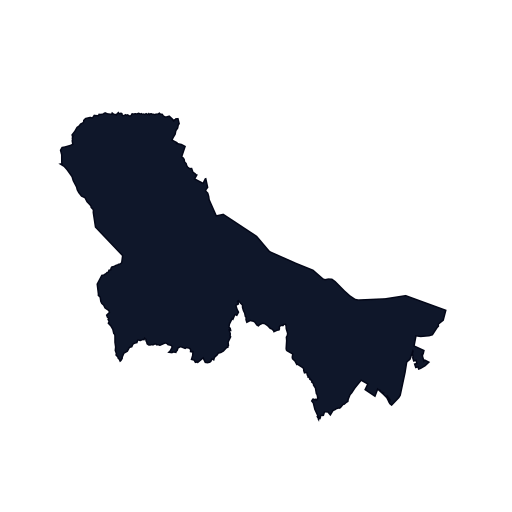 Ramnicu Valcea, Vâlcea, Romania, rotated 252°
{"feature_id": "2599482B78042684823285", "entity_name": "Ramnicu Valcea", "entity_type": "district", "adm_level": 2, "iso_a3": "ROU", "parent_name": "Romania", "parent_adm1": "Vâlcea", "projection": "equal_earth", "projection_center": [24.36, 45.075], "detail": "fine", "context": "isolated", "style": "filled", "palette": "ink", "viewbox_px": 512, "rotation_deg": 252, "n_neighbors": 0, "source": "geoboundaries", "source_scale": "gbopen_adm2", "svg_char_len": 6055}
<svg xmlns="http://www.w3.org/2000/svg" viewBox="0 0 512 512"><g transform="rotate(252 256 256)"><path d="M382.1,222.4L385.1,219.5L387.6,215.2L388.2,215.8L392.2,211.9L394.2,213.7L396.8,216.7L400.0,218.5L401.9,221.0L404.6,222.5L405.6,223.8L410.7,224.2L411.2,222.1L410.6,221.3L410.7,220.0L409.9,219.7L409.9,219.3L412.0,218.8L415.8,216.7L415.9,213.5L416.4,212.4L417.8,211.1L419.7,210.6L420.4,208.9L421.7,208.2L421.2,206.8L421.8,204.5L421.6,203.6L422.6,202.0L422.7,201.4L423.7,200.2L423.8,198.9L423.4,198.3L424.5,198.0L423.9,196.8L425.3,195.5L424.9,194.0L425.7,193.0L426.0,191.4L426.8,190.9L426.6,190.0L428.0,188.5L427.9,186.3L428.6,185.2L428.8,183.4L429.5,182.1L428.1,180.5L428.0,179.1L429.9,177.5L429.7,176.3L430.6,175.8L430.4,173.6L430.7,172.6L431.2,172.2L432.5,172.5L433.1,172.2L433.5,171.6L433.5,169.8L434.9,169.4L433.9,167.4L433.2,166.7L434.2,165.7L434.5,164.6L436.4,163.4L435.3,162.5L437.1,158.6L438.7,156.8L438.6,155.6L438.1,154.7L438.6,152.0L439.2,150.5L438.3,149.8L438.1,149.2L438.7,148.1L438.9,146.9L439.5,146.3L439.7,145.6L438.2,143.7L437.9,142.8L439.0,141.2L439.4,136.4L438.2,134.1L437.0,133.7L436.1,132.6L435.7,130.0L434.2,127.8L433.6,125.6L430.5,122.2L428.0,118.5L425.9,118.4L426.0,118.7L424.9,117.7L423.9,117.7L422.3,116.8L418.8,116.3L418.5,113.7L418.7,107.9L419.1,105.1L417.0,102.8L412.3,102.5L405.1,100.2L403.7,100.2L403.9,98.4L400.5,101.3L396.6,103.0L388.3,105.6L384.1,105.5L377.1,106.7L374.2,106.5L371.0,107.1L366.9,108.6L364.3,111.4L359.9,112.1L354.8,114.5L353.1,114.3L350.9,115.4L349.7,115.5L347.7,114.7L333.1,112.3L297.6,129.3L291.1,126.2L290.3,124.2L290.6,122.5L290.1,121.5L290.4,120.3L289.9,117.8L290.1,115.5L289.2,114.4L287.6,113.5L287.9,111.8L286.2,110.6L286.3,109.2L285.6,108.1L285.2,106.1L284.8,105.4L285.2,103.4L278.3,96.3L268.6,94.4L267.3,93.9L265.0,95.1L260.8,94.4L258.6,94.7L256.3,96.0L253.3,96.4L249.9,99.0L248.7,99.3L247.6,99.2L245.9,95.7L243.7,95.8L242.3,96.8L241.3,95.7L239.3,96.2L237.7,94.8L234.3,96.4L230.5,97.2L226.3,96.8L225.4,97.3L224.0,97.3L217.5,95.2L212.8,94.4L209.7,93.0L206.4,93.1L205.1,92.3L202.5,93.5L201.6,93.3L200.0,94.1L198.0,94.3L198.4,95.3L199.7,96.5L199.7,96.9L201.3,97.6L204.4,100.3L205.2,104.2L208.2,107.4L208.1,109.8L209.8,111.3L210.5,112.3L210.6,114.9L210.4,115.9L212.5,117.5L212.4,118.4L211.4,119.7L211.6,122.6L211.0,123.6L212.3,124.7L210.6,125.6L209.4,125.2L207.6,125.5L206.2,125.3L204.6,126.4L204.1,127.7L204.0,129.3L203.3,130.6L203.6,132.4L203.4,133.1L203.1,133.8L202.3,134.0L201.8,135.7L200.8,137.0L201.4,142.9L200.0,144.5L198.9,144.9L197.3,147.6L195.5,148.4L192.3,145.2L191.4,143.4L190.1,146.1L190.1,147.0L190.6,147.2L189.1,150.0L189.7,150.3L190.7,152.0L192.6,153.3L193.1,155.8L192.9,156.6L190.0,160.1L190.4,161.6L189.0,164.0L188.1,164.8L187.3,164.6L186.7,164.9L185.3,164.2L184.7,165.2L184.9,165.9L184.6,166.5L180.9,165.0L177.6,162.7L176.1,165.0L173.6,165.5L173.4,166.3L173.9,167.1L172.8,167.7L175.4,174.2L170.5,174.9L169.5,176.9L169.3,179.2L169.8,180.5L171.8,182.2L170.3,183.7L172.4,185.1L174.0,188.6L175.5,190.3L175.2,190.8L175.1,192.7L175.7,195.6L177.9,199.5L178.0,201.1L178.7,201.2L179.3,202.1L182.8,202.9L187.0,206.9L188.3,206.7L189.9,207.5L194.9,207.6L193.4,208.3L193.1,208.9L195.2,209.1L196.8,208.3L199.5,209.7L203.9,214.0L203.0,214.5L206.4,217.4L206.8,218.2L205.5,219.4L208.0,222.0L210.8,221.5L214.7,221.5L215.4,221.9L215.8,224.4L217.6,224.7L218.6,224.4L218.9,224.8L218.9,225.6L215.8,226.8L213.6,228.0L211.2,227.3L208.1,227.2L205.2,227.6L201.8,227.2L200.7,227.7L198.5,226.8L195.8,226.8L196.4,230.6L194.7,233.5L193.4,234.5L190.1,235.5L188.8,236.7L189.6,238.2L190.0,241.5L188.9,243.5L186.1,245.6L182.7,247.2L181.9,248.4L179.5,249.7L178.5,249.7L178.9,253.2L178.6,255.0L179.4,255.7L181.4,256.3L182.1,257.4L182.1,259.1L181.5,260.1L181.8,260.6L182.4,260.9L182.0,263.0L180.2,263.0L177.5,262.3L172.6,262.2L170.7,261.2L169.4,259.8L166.0,259.0L158.7,256.1L157.3,255.9L156.4,256.2L151.4,260.7L148.6,259.2L147.0,259.0L144.1,260.6L140.2,261.3L140.2,262.0L139.8,262.4L135.1,266.2L133.4,266.4L132.5,266.0L129.9,266.0L129.7,267.9L129.0,268.3L127.0,268.0L125.7,268.4L124.9,268.0L124.3,269.0L123.6,269.0L122.9,269.5L122.2,269.1L119.9,270.8L119.0,270.0L116.8,271.3L115.6,270.8L113.1,271.4L112.7,271.8L106.4,270.9L105.4,271.3L102.8,271.0L101.8,271.5L101.7,270.5L100.5,269.8L100.2,268.8L101.0,268.7L101.4,268.2L101.2,267.1L102.1,266.5L102.3,265.8L100.9,264.2L98.5,265.1L92.0,264.6L84.5,265.5L84.2,265.3L84.3,264.7L83.9,264.7L83.4,264.8L83.1,265.6L81.8,264.9L81.3,265.0L82.0,265.3L82.2,265.9L81.6,266.5L82.4,267.3L83.4,267.5L84.5,268.4L83.8,269.4L84.0,270.5L83.7,270.9L86.4,272.8L86.4,273.8L85.5,276.2L81.9,277.6L85.2,281.4L85.6,284.3L86.0,284.9L85.9,288.1L85.5,288.5L85.8,289.5L88.0,293.0L87.8,294.1L88.9,296.6L89.3,298.4L91.3,299.4L95.1,302.6L96.3,304.7L100.0,309.3L105.4,317.6L99.7,322.8L95.2,318.5L85.9,325.8L91.9,330.6L89.6,331.9L90.1,332.3L89.7,332.7L89.1,332.2L86.5,333.7L87.1,334.2L86.4,335.0L85.7,334.2L81.1,336.5L82.4,337.5L82.0,337.8L80.4,336.7L78.6,337.0L80.1,338.2L79.7,338.4L78.1,337.1L77.1,337.2L78.7,338.8L77.6,339.2L75.8,337.4L74.2,337.7L72.3,338.9L77.2,348.0L79.0,350.1L99.1,361.7L108.3,366.4L108.9,367.2L110.2,370.5L117.3,375.9L116.8,376.0L113.8,373.7L113.7,374.5L110.7,374.0L110.7,373.6L107.4,373.6L107.4,375.9L104.0,375.8L104.2,373.5L100.6,373.5L100.5,375.8L98.2,375.8L98.3,377.8L99.4,382.9L101.6,387.6L104.8,384.4L104.1,383.2L110.5,383.4L110.1,383.7L110.5,384.0L110.9,383.8L111.4,384.8L114.2,386.5L121.6,378.5L130.7,383.5L128.6,387.7L126.7,396.0L126.6,399.4L132.0,406.1L132.9,407.8L134.9,408.3L137.1,414.2L145.7,419.7L172.0,386.1L175.3,365.6L182.5,339.6L184.1,336.8L189.2,332.8L195.6,329.1L207.2,323.3L210.4,321.0L211.7,317.7L212.1,314.3L213.4,312.6L224.8,305.8L236.8,291.5L255.2,271.0L256.6,269.9L274.5,262.6L305.7,237.7L306.4,230.6L324.0,228.8L327.3,229.4L330.7,229.5L333.4,228.1L334.7,229.0L336.2,231.2L345.0,232.1L345.0,231.6L341.4,228.1L348.3,221.4L351.3,224.7L351.7,224.1L353.2,223.4L355.1,221.9L359.1,221.8L359.6,219.9L361.6,218.4L363.5,218.0L365.5,218.1L367.6,217.1L370.0,217.5L371.6,217.1L373.3,215.9L382.1,222.4Z" fill="#0f172a" stroke="#020617" stroke-width="1.5"/></g></svg>